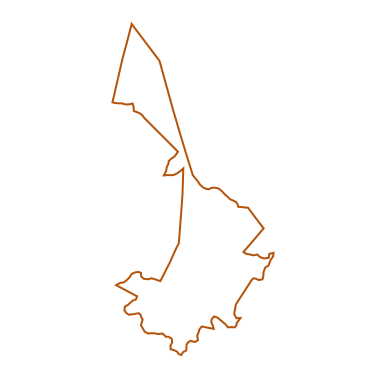 the district of Baturité, Ceará, Brazil, rotated 184°
{"feature_id": "56859067B81939752180598", "entity_name": "Baturité", "entity_type": "district", "adm_level": 2, "iso_a3": "BRA", "parent_name": "Brazil", "parent_adm1": "Ceará", "projection": "albers", "projection_center": [-38.851, -4.425], "detail": "fine", "context": "isolated", "style": "outline", "palette": "amber", "viewbox_px": 384, "rotation_deg": 184, "n_neighbors": 0, "source": "geoboundaries", "source_scale": "gbopen_adm2", "svg_char_len": 2159}
<svg xmlns="http://www.w3.org/2000/svg" viewBox="0 0 384 384"><g transform="rotate(184 192 192)"><path d="M261.2,93.8L239.5,84.1L240.4,81.0L243.6,79.5L246.3,76.7L248.1,74.9L250.9,73.1L251.2,69.2L248.8,66.5L246.5,65.2L243.5,65.7L240.1,66.5L236.8,67.4L234.7,65.9L233.9,63.6L232.3,61.2L233.0,58.6L233.6,55.4L231.6,52.5L229.4,49.3L225.9,47.8L222.9,48.2L219.8,48.5L216.2,47.9L211.9,48.7L209.7,47.4L207.9,45.7L205.5,46.0L201.9,44.1L201.3,40.6L202.8,36.9L202.3,33.6L199.3,33.1L195.8,31.7L194.0,29.5L191.3,28.6L189.8,31.6L186.7,33.5L186.7,36.7L186.8,39.4L185.6,41.5L183.3,43.4L178.5,42.6L175.7,44.7L176.8,49.0L175.6,52.6L175.1,55.3L172.9,58.5L160.8,57.0L162.0,60.4L163.6,63.3L163.7,65.9L161.5,69.4L157.9,68.5L149.1,62.2L146.7,59.5L143.5,59.9L139.9,60.0L138.4,62.2L138.2,64.6L136.2,67.5L134.9,69.7L138.9,69.2L141.4,73.2L141.2,75.9L140.4,82.7L138.9,85.6L126.3,108.4L124.7,110.2L122.0,109.9L119.2,108.8L115.6,109.8L114.9,113.5L115.1,117.1L113.6,121.8L110.6,123.9L108.9,129.4L106.6,133.4L106.4,137.0L110.6,135.7L110.9,131.7L114.5,130.9L117.1,131.0L119.9,132.1L122.5,134.2L126.3,133.1L130.3,133.8L134.0,134.2L136.5,135.7L118.0,160.7L126.2,170.0L135.0,180.2L144.8,180.5L146.0,183.5L147.8,185.3L150.3,186.3L153.5,187.5L156.2,189.7L159.2,192.0L161.9,194.6L164.9,196.8L167.2,197.7L170.5,197.9L172.9,197.4L175.1,196.0L177.7,196.0L181.4,197.4L184.4,199.8L187.1,203.2L189.9,206.2L192.3,208.7L200.4,229.4L207.6,248.4L214.5,266.9L216.2,271.4L233.6,320.6L263.9,355.4L267.2,337.6L270.6,320.3L277.6,275.8L275.1,275.5L271.9,275.3L268.2,275.5L264.4,274.7L260.6,275.1L257.4,276.1L256.2,272.6L255.6,268.7L252.6,267.9L249.6,266.8L247.2,265.4L244.7,262.5L208.8,231.2L210.7,228.0L212.4,225.8L214.9,223.9L217.3,221.3L217.6,218.3L219.1,214.5L219.1,211.2L220.2,209.0L221.2,206.6L217.3,207.2L214.4,207.3L211.5,207.6L207.9,209.8L205.0,212.1L202.3,214.9L201.3,188.2L201.3,184.2L201.4,165.9L201.4,161.6L201.6,139.7L203.2,136.3L205.1,131.4L208.9,120.9L217.3,101.0L220.6,101.7L223.3,102.5L226.5,103.1L229.9,101.8L234.1,102.1L236.8,104.2L237.3,107.8L239.7,108.6L243.2,107.8L246.6,105.9L248.2,102.7L251.4,99.1L254.0,96.9L257.3,96.4L261.2,93.8Z" fill="none" stroke="#b45309" stroke-width="2"/></g></svg>